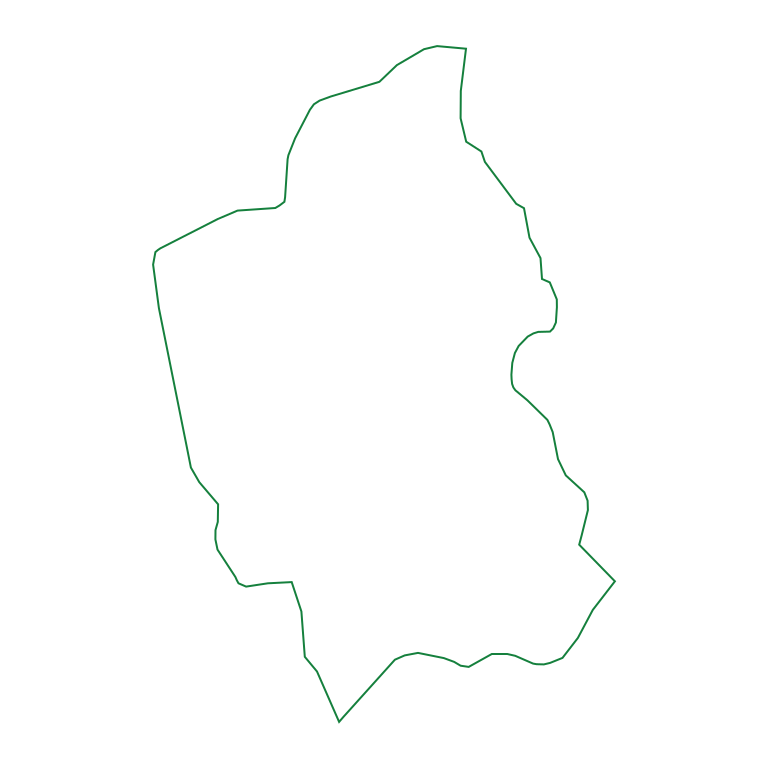 SVG path tracing the border of Totonicapán
{"feature_id": "GTM-1955", "entity_name": "Totonicapán", "entity_type": "Department", "adm_level": 1, "iso_a3": "GTM", "parent_name": "Guatemala", "parent_adm1": "", "projection": "equal_earth", "projection_center": [-91.362, 15.041], "detail": "fine", "context": "isolated", "style": "outline", "palette": "green", "viewbox_px": 768, "rotation_deg": 0, "n_neighbors": 0, "source": "natural_earth", "source_scale": "10m", "svg_char_len": 1308}
<svg xmlns="http://www.w3.org/2000/svg" viewBox="0 0 768 768"><path d="M246.1,586.6L238.5,583.3L236.8,580.2L235.4,577.0L217.5,549.6L215.4,539.4L215.5,530.1L217.8,521.9L218.1,504.3L199.3,482.2L190.9,467.6L186.5,445.5L158.9,308.1L153.1,264.6L155.4,252.1L157.9,250.0L160.4,248.3L217.8,219.0L237.5,210.6L275.3,208.0L279.5,205.5L284.4,201.8L285.1,197.2L287.6,159.2L288.4,155.2L295.1,138.3L309.9,109.8L313.9,104.3L319.6,100.6L330.8,96.5L379.4,81.8L396.9,65.1L424.0,49.2L437.1,46.1L466.0,48.7L460.8,90.9L460.6,118.3L466.2,141.7L481.4,151.5L484.9,161.9L516.2,203.8L524.0,208.2L529.5,237.7L540.5,258.1L542.0,279.0L549.8,282.4L556.8,299.4L556.9,307.2L555.9,322.5L553.2,328.4L550.0,331.6L538.2,331.9L533.4,333.4L527.7,336.6L518.7,345.9L514.9,353.0L512.3,362.9L511.4,374.7L511.6,379.3L512.1,383.9L513.4,387.5L515.4,390.3L527.4,400.3L547.4,419.9L549.6,424.4L552.7,432.1L558.0,459.1L565.8,475.4L584.3,492.3L587.6,500.7L587.9,510.1L581.7,535.2L579.2,544.7L614.9,581.3L592.8,609.9L577.9,637.9L562.5,657.9L550.1,662.9L543.9,664.4L536.6,664.2L533.1,663.6L515.2,655.8L507.3,654.0L491.8,654.0L468.7,666.9L460.6,665.7L454.2,661.9L443.9,658.1L418.0,652.9L404.7,655.4L394.9,659.7L343.5,716.8L339.1,721.9L317.0,671.5L304.8,656.8L301.4,611.5L291.7,582.1L267.9,583.3L246.1,586.6Z" fill="none" stroke="#15803d" stroke-width="2"/></svg>